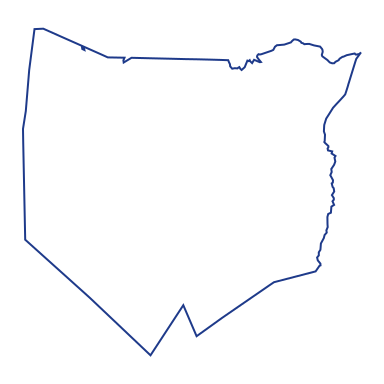 Santa Magdalena Jicotlán, Oaxaca, Mexico (Robinson projection)
{"feature_id": "50627088B89026110840758", "entity_name": "Santa Magdalena Jicotlán", "entity_type": "district", "adm_level": 2, "iso_a3": "MEX", "parent_name": "Mexico", "parent_adm1": "Oaxaca", "projection": "robinson", "projection_center": [-97.463, 17.804], "detail": "fine", "context": "isolated", "style": "outline", "palette": "blue", "viewbox_px": 384, "rotation_deg": 0, "n_neighbors": 0, "source": "geoboundaries", "source_scale": "gbopen_adm2", "svg_char_len": 2100}
<svg xmlns="http://www.w3.org/2000/svg" viewBox="0 0 384 384"><path d="M43.3,28.7L34.5,29.1L29.2,70.0L25.8,111.1L23.0,128.9L23.2,141.8L25.2,239.7L89.7,297.7L150.5,355.3L183.3,305.2L196.6,336.2L222.2,317.8L269.1,285.5L274.0,282.2L315.6,271.4L319.5,265.8L320.5,265.4L320.4,263.6L317.8,260.4L317.1,257.5L318.8,255.4L318.8,252.3L320.4,249.8L320.6,247.5L320.9,243.5L323.8,238.1L324.6,235.0L326.7,232.6L326.4,230.3L327.7,227.1L327.5,224.1L327.4,217.0L328.2,214.0L330.9,212.7L331.4,206.6L334.1,204.9L332.5,201.3L333.8,199.7L333.8,198.1L331.9,195.1L334.2,191.5L333.7,188.2L332.6,186.9L331.7,183.4L332.8,182.6L333.0,180.2L330.3,175.2L331.7,172.0L331.3,169.0L334.1,164.8L335.3,161.5L334.5,157.7L335.5,156.0L331.6,153.5L332.2,151.4L329.2,150.7L328.0,150.4L327.6,148.5L328.4,147.3L328.4,146.1L327.5,145.2L325.1,143.0L324.3,142.0L324.7,141.0L325.0,134.7L323.9,131.4L324.2,125.5L324.3,124.7L325.0,122.5L326.2,118.6L327.1,117.2L328.9,114.4L333.1,107.7L333.4,107.4L336.2,104.3L339.3,101.0L343.6,96.3L345.2,94.4L345.7,92.9L346.3,91.1L347.5,87.3L348.2,85.0L348.2,84.8L348.5,83.8L349.0,82.3L350.3,78.0L355.4,61.5L356.3,58.8L358.8,55.4L361.0,52.4L359.3,54.0L356.1,54.6L355.6,54.5L354.7,53.5L352.7,53.9L346.7,55.2L343.4,56.7L342.5,56.8L339.6,58.7L338.6,60.2L335.5,61.8L334.2,63.2L332.2,63.3L329.9,62.5L328.9,61.6L327.5,60.1L322.3,56.3L321.8,54.9L322.7,51.9L322.5,50.0L322.0,48.9L320.1,46.6L314.0,45.4L309.2,43.9L306.2,44.0L304.3,44.2L303.3,43.4L301.4,42.8L300.8,41.7L298.0,40.0L295.2,39.4L293.8,39.5L292.1,41.0L290.9,42.4L284.3,44.6L278.8,45.1L277.0,45.2L275.0,46.7L273.3,49.9L271.4,50.8L261.4,54.2L259.9,54.5L258.5,54.2L257.3,55.5L257.0,56.9L258.2,58.7L260.9,62.0L259.8,62.2L254.1,59.8L252.1,63.1L250.1,61.2L249.7,60.2L248.7,61.1L247.4,60.6L244.7,67.2L241.6,70.0L240.4,68.9L239.3,67.1L238.1,67.8L237.5,68.4L234.7,68.2L232.2,68.7L230.2,66.4L229.9,64.1L229.0,62.3L228.2,60.2L219.9,59.9L209.3,59.6L197.2,59.3L185.4,59.1L169.2,58.7L151.9,58.3L131.5,57.8L123.7,62.5L123.4,60.3L124.5,57.7L107.8,57.4L101.4,54.5L83.6,46.6L84.4,50.0L82.3,49.0L81.8,45.8L60.8,36.5L43.3,28.7Z" fill="none" stroke="#1e3a8a" stroke-width="2"/></svg>